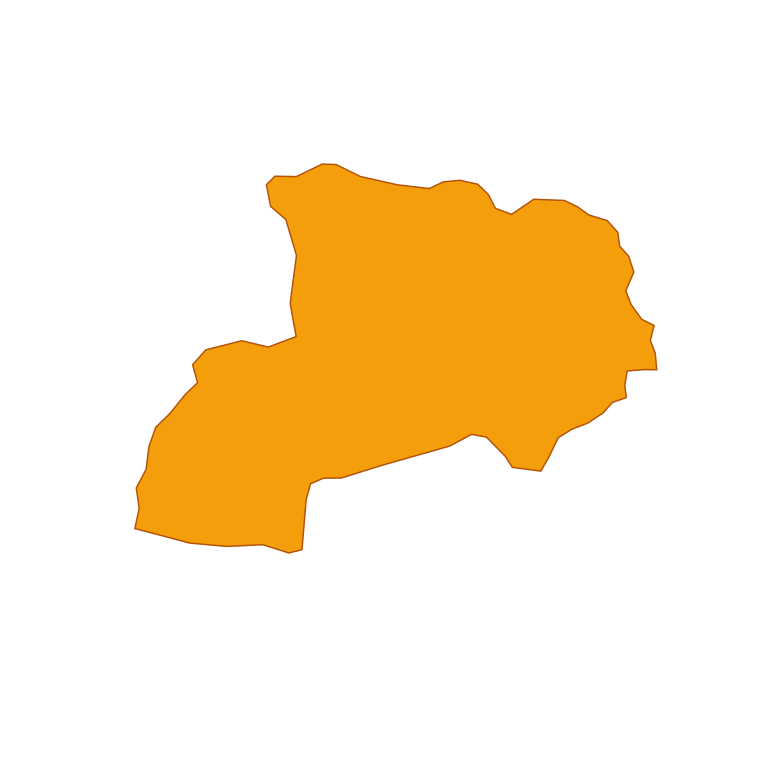 Maturéia, Paraíba, Brazil, rotated 36°
{"feature_id": "56859067B73053227370482", "entity_name": "Maturéia", "entity_type": "district", "adm_level": 2, "iso_a3": "BRA", "parent_name": "Brazil", "parent_adm1": "Paraíba", "projection": "mercator", "projection_center": [-37.357, -7.292], "detail": "fine", "context": "isolated", "style": "filled", "palette": "amber", "viewbox_px": 768, "rotation_deg": 36, "n_neighbors": 0, "source": "geoboundaries", "source_scale": "gbopen_adm2", "svg_char_len": 1094}
<svg xmlns="http://www.w3.org/2000/svg" viewBox="0 0 768 768"><g transform="rotate(36 384 384)"><path d="M267.4,647.4L320.3,626.9L352.3,607.8L380.5,585.2L406.4,576.6L415.0,566.2L389.0,523.3L383.2,508.0L390.3,495.8L404.7,485.2L429.8,451.4L473.7,395.5L484.5,373.2L498.1,366.8L524.5,371.2L536.9,376.0L562.1,362.3L560.3,345.8L556.5,325.2L562.3,310.7L571.9,295.7L578.2,278.7L579.7,264.5L588.0,252.6L579.7,243.7L573.1,230.5L586.2,219.3L596.3,212.2L585.5,199.8L573.9,192.2L568.1,177.9L554.5,180.2L537.1,174.4L524.8,166.5L520.3,146.5L506.7,136.8L493.8,134.0L484.0,123.9L468.6,120.6L450.2,126.9L436.6,126.9L422.0,129.5L396.6,146.5L387.5,171.8L370.9,176.4L356.8,169.3L342.4,167.3L325.6,174.6L313.2,185.6L305.7,199.3L277.7,215.0L243.0,230.0L216.3,234.6L204.7,242.4L198.9,253.3L191.1,267.8L173.7,280.0L171.7,291.9L187.8,306.9L208.0,308.7L237.7,331.5L250.5,355.2L260.8,374.0L285.0,397.3L268.6,422.2L243.5,432.6L219.8,461.0L217.8,480.9L232.4,492.5L229.4,509.3L228.1,533.7L224.8,553.2L230.6,572.8L241.7,592.8L244.7,613.7L259.1,628.6L267.4,647.4Z" fill="#f59e0b" stroke="#b45309" stroke-width="1.5"/></g></svg>